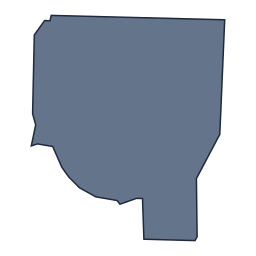 Henderson, Tennessee, United States of America
{"feature_id": "52423323B24254636844315", "entity_name": "Henderson", "entity_type": "district", "adm_level": 2, "iso_a3": "USA", "parent_name": "United States of America", "parent_adm1": "Tennessee", "projection": "natural_earth1", "projection_center": [-88.459, 35.621], "detail": "fine", "context": "isolated", "style": "filled", "palette": "slate", "viewbox_px": 256, "rotation_deg": 0, "n_neighbors": 0, "source": "geoboundaries", "source_scale": "gbopen_adm2", "svg_char_len": 400}
<svg xmlns="http://www.w3.org/2000/svg" viewBox="0 0 256 256"><path d="M34.3,34.9L32.6,113.7L35.7,124.9L31.3,145.9L37.5,143.9L52.7,146.5L61.9,167.4L68.7,176.9L79.5,187.8L95.7,196.8L117.0,200.5L120.0,204.2L136.3,198.4L142.5,198.5L143.9,239.2L195.0,240.6L197.1,236.8L196.4,178.6L219.8,134.3L224.7,19.8L51.2,15.4L50.0,20.7L44.6,20.6L34.3,34.9Z" fill="#64748b" stroke="#1e293b" stroke-width="1.5"/></svg>